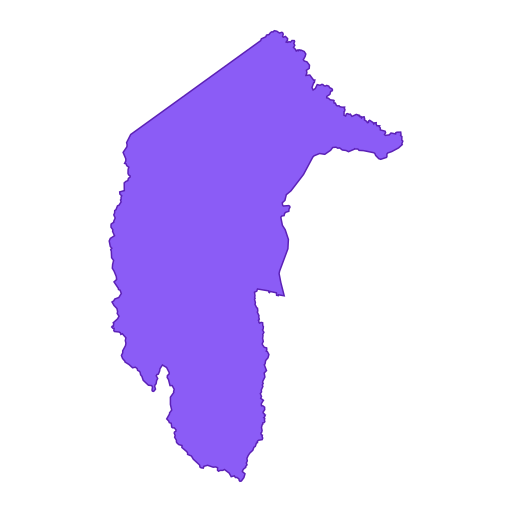 outline of Unincorporated ACT, Australian Capital Territory, Australia
{"feature_id": "25037944B15172244637897", "entity_name": "Unincorporated ACT", "entity_type": "district", "adm_level": 2, "iso_a3": "AUS", "parent_name": "Australia", "parent_adm1": "Australian Capital Territory", "projection": "albers", "projection_center": [149.092, -35.522], "detail": "fine", "context": "isolated", "style": "filled", "palette": "violet", "viewbox_px": 512, "rotation_deg": 0, "n_neighbors": 0, "source": "geoboundaries", "source_scale": "gbopen_adm2", "svg_char_len": 6055}
<svg xmlns="http://www.w3.org/2000/svg" viewBox="0 0 512 512"><path d="M313.6,80.1L309.8,75.0L306.0,75.4L306.9,72.7L306.4,70.3L309.2,68.4L309.5,65.2L306.9,61.8L304.3,61.0L303.3,59.7L305.1,56.5L305.8,54.0L304.2,51.5L301.3,50.2L300.4,50.5L300.0,49.9L298.9,49.9L298.5,50.6L297.8,50.0L296.7,51.0L295.9,50.7L295.9,49.9L293.5,47.3L294.8,45.3L293.8,43.4L294.6,41.6L294.3,40.6L292.0,40.5L290.5,42.1L289.0,41.7L287.8,42.4L286.2,42.1L286.5,41.2L287.4,40.6L287.6,38.6L285.4,36.4L283.4,37.2L282.6,36.6L283.2,34.1L282.6,32.7L281.8,32.3L279.4,33.0L276.8,31.2L274.3,30.7L273.0,31.9L271.8,31.8L270.5,32.6L269.1,34.5L266.5,35.1L265.8,36.8L261.4,38.8L260.6,40.7L130.7,134.5L126.6,142.6L127.1,144.8L126.9,146.8L123.1,152.4L125.8,158.8L125.8,161.0L124.6,163.4L125.9,163.7L126.8,165.7L128.8,167.2L128.1,169.5L128.0,173.4L128.6,174.9L130.1,175.9L130.2,176.9L128.4,178.4L127.8,180.6L125.9,181.4L124.2,182.9L124.3,190.6L119.7,191.9L119.9,194.1L121.7,195.8L121.1,197.1L121.1,199.4L120.5,200.0L121.1,201.9L119.0,205.2L117.5,205.8L116.0,209.6L114.7,210.6L114.6,213.0L113.8,214.9L115.2,218.0L113.7,221.4L113.8,222.2L111.2,224.0L111.0,225.0L111.0,227.2L112.8,229.7L112.6,231.4L114.5,235.7L110.3,238.4L109.2,241.0L110.3,246.5L111.8,248.2L110.7,249.7L111.3,251.1L111.6,257.7L113.6,260.4L112.6,264.5L112.3,268.2L114.1,271.2L116.3,276.6L116.6,279.5L114.0,281.9L118.3,288.3L118.5,289.5L120.1,290.2L121.3,293.5L118.8,297.5L114.8,299.0L113.7,300.9L112.0,302.0L114.0,305.5L116.9,308.5L117.6,311.6L117.2,313.5L119.0,316.2L117.6,318.8L113.2,322.8L113.7,323.4L113.4,326.1L112.4,326.1L111.7,327.0L112.9,328.3L114.1,328.4L113.8,330.5L114.4,331.5L119.0,332.0L120.2,332.6L120.9,334.4L122.3,333.7L125.9,337.8L125.3,340.6L125.9,343.2L125.5,345.6L122.7,350.8L122.7,352.9L121.4,355.4L122.6,358.6L124.9,361.2L125.0,362.0L129.1,364.6L132.6,367.8L135.3,367.2L137.1,368.5L137.6,370.3L139.5,371.4L140.1,372.3L140.6,374.8L141.9,376.4L143.2,380.3L148.4,385.2L151.6,385.6L152.5,386.9L152.0,390.1L152.4,391.1L153.2,391.4L154.2,390.9L155.5,389.1L154.7,386.5L155.0,385.0L156.1,383.8L156.6,380.6L157.7,378.5L156.2,375.8L157.0,374.5L158.3,374.2L159.6,371.1L160.0,368.7L162.4,365.0L166.6,367.5L169.2,372.6L169.2,373.8L167.4,375.6L167.2,377.5L168.5,379.6L170.0,385.6L172.2,385.6L174.2,389.3L173.6,391.5L173.8,392.4L170.4,397.2L170.4,404.5L171.7,410.1L169.6,412.8L169.5,414.0L166.7,418.9L168.7,421.0L169.3,422.6L171.2,423.3L171.7,427.1L172.7,427.8L174.4,427.9L176.0,429.9L175.8,431.3L174.5,432.0L174.2,433.1L175.2,435.6L174.6,437.2L176.4,440.2L176.4,441.9L177.2,443.2L178.8,444.6L182.0,445.5L181.9,447.5L186.8,451.7L187.6,453.0L187.6,454.4L191.4,456.0L193.3,459.2L199.6,465.0L200.0,467.1L201.1,467.8L203.3,468.1L203.9,466.3L207.6,465.3L213.2,467.2L215.6,466.9L217.6,467.7L217.5,470.2L218.5,471.2L220.3,470.4L222.8,470.4L224.4,469.5L229.2,473.1L231.2,476.7L234.3,475.9L235.4,477.5L237.0,477.5L238.9,478.9L239.3,480.6L240.0,481.3L241.4,481.0L243.9,477.6L245.0,473.8L242.4,471.6L242.5,470.8L243.6,469.0L245.7,467.4L245.6,466.6L247.0,464.8L246.3,463.0L247.3,460.9L246.9,458.4L248.2,455.5L249.8,453.1L252.8,450.3L253.9,447.3L255.3,446.4L256.4,443.1L257.5,442.6L257.3,441.5L258.4,440.3L262.2,439.6L262.7,438.1L262.1,436.5L262.4,435.2L261.3,434.7L260.9,433.1L261.7,432.2L262.1,430.5L261.5,427.6L262.0,425.1L262.8,424.2L262.7,423.0L264.0,422.6L264.8,421.7L264.4,419.8L264.8,418.7L263.8,417.6L264.4,417.2L265.3,415.1L264.5,414.9L264.5,414.1L263.2,412.9L263.1,412.0L264.7,409.7L264.6,407.2L262.8,405.8L261.6,405.8L261.4,405.0L261.4,403.5L263.4,400.3L260.7,398.3L261.5,396.5L260.3,393.6L261.5,391.9L261.3,389.9L262.9,386.4L262.3,385.0L263.2,383.3L262.6,382.5L262.8,381.2L264.9,377.0L264.2,373.0L266.5,370.6L264.3,364.8L265.1,363.8L265.6,360.6L268.0,357.8L268.9,354.5L267.3,351.5L266.3,351.2L266.8,349.3L266.6,347.9L264.3,347.3L262.4,344.7L262.3,343.4L263.3,341.5L262.6,338.4L263.0,335.6L262.7,334.6L263.9,332.3L262.5,329.9L263.1,329.2L263.4,326.6L262.8,325.7L262.6,322.7L261.1,322.4L259.5,323.1L258.9,322.3L258.8,320.6L258.4,320.2L259.3,319.2L258.7,317.0L259.0,315.7L257.3,312.1L257.8,311.0L257.5,308.2L256.6,307.6L255.0,304.3L255.4,302.7L254.5,299.2L255.1,298.4L254.6,297.2L255.0,295.9L254.5,292.2L256.7,291.2L257.5,289.0L268.8,290.9L268.8,292.1L269.4,292.6L270.3,291.5L276.4,292.8L276.6,295.3L278.4,295.6L278.5,294.8L284.2,295.8L281.1,283.6L280.6,283.6L281.0,283.4L279.1,273.6L279.6,271.1L287.9,248.8L288.4,239.4L285.2,229.7L282.4,225.3L280.8,217.3L281.8,216.0L284.1,215.6L284.6,213.4L285.9,212.2L288.8,211.3L289.0,209.1L290.0,207.1L289.6,206.1L288.7,205.6L283.3,206.0L282.6,205.1L282.3,202.8L284.9,200.4L286.3,194.7L291.0,190.8L303.5,174.5L312.8,157.1L314.1,155.8L319.6,153.5L324.8,154.3L330.6,150.3L332.7,147.5L336.0,147.2L337.8,148.2L339.6,147.9L342.3,150.0L346.1,150.5L348.5,151.7L354.8,149.0L354.0,148.4L354.9,149.0L357.8,149.0L359.1,150.4L363.4,150.6L373.7,152.7L374.8,153.4L375.7,155.5L378.8,158.7L380.7,159.3L386.5,157.4L386.9,156.6L386.9,154.1L387.7,153.0L391.7,151.6L398.6,147.9L402.2,144.6L401.8,144.0L402.8,141.1L401.8,140.1L401.9,136.5L400.6,135.5L401.0,134.4L400.7,132.1L397.0,132.2L395.8,132.7L395.6,133.9L391.0,133.0L389.2,134.9L385.4,135.4L384.5,134.5L385.6,132.7L385.1,131.2L380.3,129.9L380.3,128.0L379.2,126.6L379.6,125.8L376.9,125.7L376.1,124.0L376.2,122.7L374.4,122.9L373.8,123.9L373.0,122.5L369.7,120.3L368.7,120.9L368.3,122.5L367.4,122.7L366.7,121.4L364.5,119.9L364.6,118.6L364.1,116.8L362.6,117.0L361.5,117.9L361.2,116.7L360.1,116.9L359.5,116.3L359.7,115.5L358.8,115.1L358.3,115.5L357.8,114.9L356.3,114.4L352.0,116.4L350.3,114.1L349.1,114.4L347.6,113.6L346.4,113.9L345.6,116.0L344.0,115.2L344.1,111.5L344.7,111.0L344.9,109.3L344.3,108.6L344.6,107.1L342.1,107.2L339.9,106.7L339.1,105.8L337.3,105.9L336.4,105.4L335.3,103.1L334.2,103.1L333.8,101.5L334.1,100.7L333.7,100.3L330.2,99.8L328.4,98.2L326.7,97.8L326.8,96.4L329.9,94.3L330.7,91.3L332.1,90.9L332.5,90.0L331.9,88.7L329.7,87.7L328.7,86.1L326.7,85.4L325.5,86.0L324.1,85.8L322.8,84.5L321.7,84.4L320.1,85.3L317.2,84.6L315.3,88.5L313.1,90.0L312.0,87.5L313.7,82.7L314.3,82.6L314.8,80.0L313.6,80.1Z" fill="#8b5cf6" stroke="#5b21b6" stroke-width="1.5"/></svg>